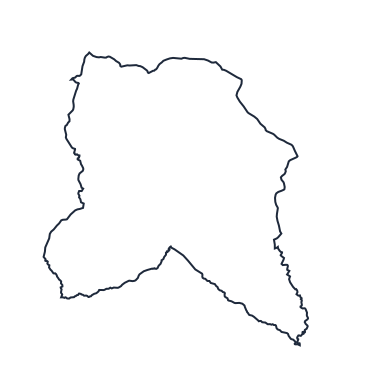 Guática, Risaralda, Colombia, rotated 103°
{"feature_id": "7082276B7280150646528", "entity_name": "Guática", "entity_type": "district", "adm_level": 2, "iso_a3": "COL", "parent_name": "Colombia", "parent_adm1": "Risaralda", "projection": "orthographic", "projection_center": [-75.786, 5.328], "detail": "fine", "context": "isolated", "style": "outline", "palette": "slate", "viewbox_px": 384, "rotation_deg": 103, "n_neighbors": 0, "source": "geoboundaries", "source_scale": "gbopen_adm2", "svg_char_len": 5970}
<svg xmlns="http://www.w3.org/2000/svg" viewBox="0 0 384 384"><g transform="rotate(103 192 192)"><path d="M324.1,295.8L323.7,294.1L323.8,292.4L323.1,291.8L323.1,291.2L323.8,289.7L323.5,287.8L322.1,286.6L321.0,283.3L320.1,282.8L319.5,281.8L318.5,281.1L318.0,279.9L317.4,279.6L316.5,279.4L316.3,278.9L316.3,277.3L316.7,276.7L316.7,275.2L317.3,273.9L316.7,271.6L316.8,270.8L317.6,269.3L317.5,268.8L316.9,268.3L316.3,267.0L315.1,266.4L313.2,264.4L312.1,262.4L310.1,260.9L309.5,260.6L308.6,260.6L308.3,260.3L307.4,255.9L306.8,255.0L305.6,253.7L305.0,251.4L303.6,250.1L304.0,248.5L302.7,246.7L302.1,242.9L301.7,242.1L299.7,240.0L298.1,239.2L295.6,237.1L292.8,233.7L292.5,233.1L292.2,229.8L291.4,227.9L290.6,227.0L287.9,225.4L285.4,225.1L284.0,224.6L280.1,221.2L278.1,218.1L275.6,213.6L275.7,213.0L275.3,212.5L275.3,211.8L274.8,211.5L275.0,209.7L274.0,208.5L271.3,207.9L269.1,206.5L266.2,206.0L265.4,206.3L263.8,204.8L261.6,204.5L259.1,203.3L258.6,203.3L257.1,203.7L256.7,203.3L256.0,203.2L256.3,202.7L256.1,202.4L255.4,202.4L255.3,202.2L254.7,202.0L254.6,201.5L253.8,201.3L253.5,201.0L252.9,201.0L252.8,201.9L252.4,201.9L250.8,201.2L249.9,200.4L250.7,199.7L251.0,199.1L251.8,196.1L255.8,186.2L259.9,180.3L266.7,171.4L269.3,163.8L270.3,163.2L272.2,162.9L273.2,162.3L273.7,161.0L273.6,159.5L275.2,157.0L274.8,155.0L276.4,153.3L276.6,149.0L278.1,147.4L278.9,145.7L280.5,144.7L281.5,143.0L281.6,140.9L282.5,139.5L282.6,137.9L283.2,137.2L284.5,137.2L286.2,136.7L286.8,136.0L287.6,133.5L289.3,132.5L289.5,132.1L289.6,128.9L290.5,125.7L290.5,124.7L289.4,120.9L289.5,117.8L290.8,115.3L292.0,114.7L295.2,112.4L295.9,111.6L296.7,111.2L297.4,110.1L298.6,109.0L298.9,108.5L298.9,105.7L299.7,103.5L302.3,98.6L302.9,97.9L302.3,96.6L302.2,95.7L303.1,94.3L302.7,91.1L303.8,88.5L303.2,86.2L303.4,84.7L302.7,83.6L303.2,82.4L302.9,80.7L303.5,80.0L305.6,79.0L306.6,77.7L306.9,75.2L308.2,73.3L308.1,67.8L308.7,66.5L310.4,65.5L312.5,63.1L313.0,62.3L313.1,60.1L314.7,57.5L315.3,57.2L316.7,57.8L317.1,57.6L317.2,57.1L316.6,54.7L317.1,52.5L315.8,52.8L315.2,53.2L315.7,54.2L315.3,55.1L313.9,55.6L311.8,55.3L311.5,55.4L311.2,56.4L310.0,56.8L307.9,56.1L307.6,55.5L307.8,54.1L307.5,53.4L306.2,52.9L305.0,51.4L304.5,51.4L304.2,52.7L303.5,52.7L303.2,51.9L303.6,50.7L303.2,50.4L302.8,50.4L301.6,51.0L301.0,51.0L299.4,49.5L297.2,49.1L296.7,49.1L296.1,49.6L295.0,51.5L293.4,52.9L292.2,52.7L290.2,50.9L289.2,50.5L288.4,50.8L286.8,52.2L285.8,52.5L283.7,52.8L280.8,54.8L280.1,55.5L280.0,56.4L280.6,57.9L280.3,59.2L279.8,60.3L279.1,60.5L278.3,59.7L277.4,59.5L274.6,60.7L273.4,60.5L272.8,60.7L272.0,61.7L271.4,61.2L270.8,61.3L270.3,62.5L268.5,63.6L269.0,64.6L269.0,65.3L268.1,67.2L266.0,66.7L265.0,67.0L264.1,67.6L263.2,68.7L263.6,69.4L261.7,72.2L257.9,76.1L255.1,77.8L252.2,77.5L251.0,80.8L247.0,79.4L246.4,81.7L245.8,81.9L242.6,81.9L242.0,82.2L241.6,82.8L241.8,84.2L242.8,87.1L241.9,88.6L237.5,87.6L235.6,87.5L234.3,90.5L233.6,91.4L231.1,90.6L230.5,90.7L230.4,92.0L229.7,93.2L227.7,95.4L226.2,96.0L227.2,96.8L228.4,98.6L224.6,99.5L220.0,101.4L218.2,99.0L216.8,97.9L212.4,95.6L210.6,97.3L205.1,99.8L200.9,102.2L197.0,103.9L194.3,104.3L188.6,104.7L187.9,105.0L185.6,107.1L182.9,108.6L179.0,109.8L175.7,109.9L174.3,109.5L172.5,107.9L170.7,105.1L169.1,103.0L168.5,102.6L166.3,102.8L163.0,104.3L161.9,105.0L159.9,107.6L157.7,108.7L156.0,107.8L153.7,105.9L152.4,105.5L150.7,105.3L149.1,106.1L146.2,105.0L140.4,104.6L138.9,103.5L135.0,98.4L134.0,97.4L133.4,97.2L128.8,101.0L125.4,103.5L124.4,104.4L123.6,105.7L122.6,110.7L121.4,114.1L120.6,119.1L119.9,121.1L117.6,124.9L117.1,126.2L115.9,132.9L115.0,134.2L114.3,134.4L112.7,135.7L110.1,140.7L106.2,144.9L104.5,148.3L102.4,154.7L101.7,155.9L97.0,160.9L93.2,165.7L89.7,169.1L87.8,170.4L84.3,170.3L78.5,168.6L75.4,168.1L72.2,168.6L71.4,169.0L71.0,169.5L70.0,174.1L66.2,186.0L65.8,188.3L66.0,190.1L63.3,192.5L60.1,198.0L61.1,200.2L61.4,202.0L60.3,206.0L59.9,210.1L62.8,224.3L62.9,229.2L63.4,230.7L64.5,232.3L65.6,240.6L66.8,243.6L68.7,246.7L70.6,249.4L72.4,250.5L74.7,252.4L76.5,253.2L78.9,253.8L80.5,254.5L81.1,255.4L82.2,256.0L82.7,257.3L85.8,260.9L85.7,261.6L85.2,262.1L84.5,262.4L83.7,263.3L81.5,268.2L81.0,270.7L81.2,272.4L80.9,274.8L82.8,281.3L83.1,283.5L85.8,289.1L85.3,290.2L83.8,290.7L82.5,292.2L81.5,295.4L80.2,297.7L78.7,302.5L78.8,304.0L79.7,305.3L80.3,305.8L80.7,307.3L81.0,311.3L81.7,312.9L82.0,315.3L81.6,319.1L79.2,323.5L80.8,324.2L83.3,326.0L85.1,326.6L87.1,326.7L89.4,326.4L94.0,327.0L102.3,326.4L103.8,327.3L104.2,327.8L104.6,329.9L105.0,330.5L106.8,331.6L108.0,334.0L109.6,334.9L109.2,333.7L109.2,332.9L111.2,330.1L111.4,329.1L111.3,327.3L111.7,326.7L113.3,327.1L117.1,327.2L119.4,327.7L128.7,328.4L130.4,328.2L133.7,326.9L135.6,326.4L138.1,326.3L139.3,326.6L144.5,329.8L148.6,327.7L150.7,327.3L152.2,328.3L155.0,329.1L155.4,329.6L156.2,330.2L158.0,330.3L159.3,330.1L164.6,327.4L167.2,327.2L168.5,326.3L175.7,319.0L176.2,317.6L176.3,315.7L176.8,315.5L180.4,315.7L180.6,315.1L181.6,314.6L181.8,313.4L181.3,312.9L181.2,312.3L181.9,311.0L181.7,309.9L182.3,309.7L182.9,310.0L183.9,309.8L184.9,310.9L185.7,310.9L186.0,310.7L186.7,308.0L190.0,306.3L190.9,305.3L193.4,303.3L194.6,303.0L196.0,303.2L199.2,305.7L201.5,306.1L204.9,305.7L206.0,305.3L209.5,302.3L212.2,300.8L212.7,300.4L213.2,298.8L215.9,299.7L216.4,302.2L218.7,302.5L219.4,302.3L221.0,300.8L222.5,300.9L224.2,299.1L227.0,297.8L227.6,294.9L232.0,294.6L233.7,297.4L234.7,299.7L236.2,301.7L241.2,305.2L246.7,307.7L247.2,308.6L248.1,311.6L249.0,313.0L252.5,314.4L255.1,316.1L259.6,318.3L262.3,320.3L264.8,321.1L269.3,320.7L279.0,322.5L283.3,321.9L288.6,322.0L290.5,319.5L291.7,319.6L292.1,319.3L291.9,317.6L292.3,316.9L294.3,316.8L295.0,316.0L295.5,314.5L297.7,314.3L299.6,312.3L300.1,311.3L302.4,308.7L302.4,307.9L302.0,307.2L302.5,306.1L303.8,304.9L304.7,304.5L306.5,302.4L307.1,302.0L307.7,300.6L308.5,299.4L310.5,299.1L311.8,297.4L313.2,297.0L314.5,298.5L315.5,298.0L316.1,297.2L318.9,297.1L319.7,296.9L320.6,295.8L321.1,295.4L324.1,295.8Z" fill="none" stroke="#1e293b" stroke-width="2"/></g></svg>